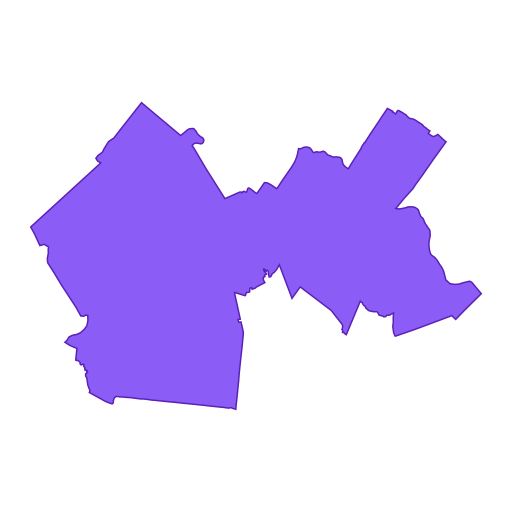 outline of Lucieni, Dâmbovita, Romania
{"feature_id": "2599482B65138358361276", "entity_name": "Lucieni", "entity_type": "district", "adm_level": 2, "iso_a3": "ROU", "parent_name": "Romania", "parent_adm1": "Dâmbovita", "projection": "mercator", "projection_center": [25.413, 44.845], "detail": "fine", "context": "isolated", "style": "filled", "palette": "violet", "viewbox_px": 512, "rotation_deg": 0, "n_neighbors": 0, "source": "geoboundaries", "source_scale": "gbopen_adm2", "svg_char_len": 6017}
<svg xmlns="http://www.w3.org/2000/svg" viewBox="0 0 512 512"><path d="M446.1,141.8L445.0,141.1L438.4,134.9L437.6,134.4L436.7,135.1L435.5,135.8L433.2,136.6L431.4,135.6L429.0,134.0L428.3,133.4L429.9,130.9L427.6,129.4L425.6,127.7L423.7,126.4L422.4,124.7L415.0,119.9L413.1,119.0L409.5,118.3L407.0,116.2L406.1,114.9L404.7,114.1L402.6,112.7L399.1,110.7L397.7,110.5L396.9,111.7L395.8,113.7L395.7,113.9L392.5,111.9L392.8,111.3L387.4,108.4L383.9,113.6L380.4,118.8L380.3,119.1L370.3,134.0L364.8,142.6L364.5,142.5L364.3,142.7L364.1,143.0L363.4,144.1L361.8,146.7L361.4,147.1L361.4,147.9L353.5,160.3L350.5,165.1L349.3,167.1L348.2,168.8L345.8,167.2L344.6,166.1L343.4,164.7L343.0,163.9L342.7,163.0L342.1,160.0L341.9,159.2L341.1,158.3L340.3,157.6L339.2,157.2L336.6,156.9L332.8,157.0L332.0,156.7L330.7,155.9L329.4,155.4L328.1,155.2L327.5,154.7L327.1,154.2L324.9,151.9L323.7,151.4L323.1,151.2L322.5,151.4L321.8,151.6L320.9,152.0L318.4,152.2L317.5,151.8L315.3,152.0L314.9,152.3L313.7,152.6L313.2,152.4L312.6,151.5L311.4,149.7L310.3,148.3L309.2,147.6L308.2,147.3L306.4,147.0L304.1,147.2L300.7,148.8L298.6,148.6L298.4,149.5L298.2,150.3L297.4,154.4L296.6,157.3L296.2,158.1L295.4,160.4L294.1,162.8L292.5,165.6L290.8,168.2L284.7,177.0L283.2,179.1L281.8,181.2L278.8,185.8L277.7,187.4L276.8,188.3L276.6,188.6L270.7,184.6L267.1,182.8L264.4,182.6L263.4,184.2L262.3,185.7L261.9,186.4L261.6,186.8L256.9,193.4L256.1,193.1L255.7,192.9L252.4,190.4L250.2,188.7L249.2,188.1L248.6,188.0L248.1,188.2L247.8,188.5L247.1,190.5L246.6,191.9L246.4,192.1L245.9,192.2L245.3,192.0L244.8,191.6L244.2,191.4L243.6,191.3L243.2,191.6L242.0,192.7L241.7,192.1L239.7,192.1L224.9,198.6L206.4,169.3L193.9,148.1L192.2,145.7L193.1,144.6L194.2,143.5L196.2,143.0L198.4,143.4L201.3,143.9L203.0,142.8L203.6,141.5L203.9,140.0L202.8,137.9L200.5,136.6L198.2,134.6L197.3,133.6L196.2,131.4L195.1,130.2L193.8,128.6L192.5,128.5L191.3,128.6L190.3,128.7L189.3,128.9L188.7,129.1L188.1,129.5L187.2,130.1L185.1,131.9L182.0,134.4L180.6,135.5L141.5,102.7L119.2,131.1L113.8,138.1L110.8,140.0L108.4,141.8L104.3,148.4L102.3,152.3L98.0,155.4L95.9,158.3L97.7,161.2L100.8,162.9L30.7,227.0L34.5,233.9L39.9,245.6L41.7,245.1L43.9,244.4L45.2,244.8L46.4,245.8L48.1,246.5L48.5,247.1L48.2,249.3L48.3,253.2L47.3,258.6L47.7,262.8L51.1,268.1L54.3,273.1L55.0,274.3L61.5,285.1L76.0,307.3L80.8,316.0L84.0,316.2L85.6,315.1L87.8,315.6L87.9,320.6L86.9,325.7L84.3,329.3L80.5,332.7L76.5,334.5L74.2,334.9L72.1,335.4L70.7,336.1L69.0,337.0L67.9,338.9L66.6,340.8L64.9,342.3L69.5,345.2L73.2,346.9L76.9,348.4L75.7,360.1L76.7,360.5L77.9,360.5L78.9,361.2L80.0,362.2L80.1,363.5L80.4,364.6L81.5,364.9L82.8,364.1L83.9,364.6L83.6,366.1L85.0,368.0L84.7,368.9L85.0,370.1L86.1,370.1L87.1,370.5L86.6,371.1L86.5,371.6L87.5,372.6L85.6,373.8L85.6,375.8L86.7,377.9L87.0,379.3L87.8,385.0L89.5,389.6L90.0,390.4L89.3,392.5L104.5,400.9L107.7,402.4L112.2,403.9L112.5,403.5L113.2,403.0L113.3,402.5L113.3,401.2L113.7,399.5L114.6,397.6L116.1,396.5L118.4,396.6L119.4,396.9L120.6,396.9L124.0,397.1L126.6,397.4L131.3,397.7L134.7,398.2L140.9,399.0L142.2,399.0L143.0,398.9L145.5,399.2L149.4,399.7L150.7,399.9L151.9,400.1L153.8,400.2L165.2,401.4L168.2,401.7L171.3,402.0L174.7,402.3L183.2,403.2L196.1,404.5L199.7,404.9L202.0,405.1L210.6,406.1L217.4,406.8L221.2,407.2L223.7,407.4L226.1,407.8L227.8,408.0L228.8,408.1L229.2,408.1L229.7,407.8L230.2,407.7L230.7,407.7L231.1,407.7L232.5,408.3L233.3,408.6L234.0,408.7L234.6,408.9L235.8,409.3L236.1,405.5L236.3,403.6L236.6,401.1L236.8,398.9L237.1,396.5L237.1,395.5L237.3,394.5L237.4,393.5L237.9,387.9L238.1,386.6L238.2,385.2L238.3,383.8L238.5,382.5L238.7,380.4L238.8,378.9L238.9,377.7L239.0,376.2L239.0,375.8L239.8,367.6L240.8,358.1L242.2,345.5L243.1,336.2L243.3,333.7L243.3,332.3L242.9,330.0L241.0,321.9L238.9,322.3L238.4,320.9L238.0,319.5L239.6,319.2L240.3,319.2L234.6,293.3L234.7,292.5L245.2,295.7L245.5,295.4L246.0,293.7L246.2,292.7L249.2,292.1L249.6,292.0L249.8,288.2L251.8,287.8L252.1,289.3L255.4,288.0L256.3,287.1L264.9,282.6L263.5,280.2L263.2,277.8L263.6,277.7L263.9,277.4L263.9,276.7L264.9,276.4L264.6,275.1L266.5,274.1L266.1,273.3L265.3,272.4L264.8,271.8L263.8,270.5L263.7,269.7L263.6,269.1L263.8,268.9L264.4,269.2L265.0,269.6L265.4,270.4L266.1,271.1L266.3,271.2L267.2,270.2L268.1,271.0L268.3,271.9L268.4,273.4L268.7,275.1L268.9,276.0L269.2,276.8L269.2,277.0L270.5,276.8L271.4,275.7L271.7,274.5L272.8,273.3L274.2,272.4L276.9,269.2L277.9,267.4L279.3,264.8L279.9,266.3L281.4,270.3L291.6,297.3L292.0,298.4L300.2,286.9L331.4,310.6L331.2,310.4L341.9,324.1L342.4,325.1L342.7,326.5L342.5,327.3L342.3,328.5L341.9,329.4L342.5,330.0L342.7,331.2L342.5,332.4L343.1,332.6L343.7,332.5L344.2,332.8L344.6,333.6L345.8,334.4L346.3,334.7L360.2,301.4L360.3,301.6L362.3,302.7L362.9,304.2L363.8,305.4L365.3,306.5L365.8,308.0L367.7,309.8L369.2,310.8L373.4,311.7L376.6,311.7L377.5,312.2L378.3,313.7L379.1,315.1L381.0,315.7L382.3,315.9L383.0,316.3L383.8,316.8L384.9,316.8L386.0,316.4L386.7,315.3L387.6,315.1L388.4,315.3L389.6,315.1L390.6,314.6L391.2,314.0L391.9,313.8L392.9,313.4L393.5,313.0L393.2,317.9L393.3,321.7L392.8,326.7L393.6,332.5L395.0,336.0L395.6,336.1L414.4,329.6L452.0,315.6L453.6,317.5L455.7,319.4L465.0,309.8L481.3,293.7L471.8,282.3L469.6,281.2L463.3,282.7L459.0,284.1L454.7,284.4L450.0,283.7L445.8,279.8L444.3,273.7L443.6,271.2L442.5,268.7L441.3,266.6L439.6,264.4L438.4,262.2L437.4,260.6L435.9,258.7L434.5,257.2L432.5,255.9L431.0,254.5L430.3,252.9L429.9,251.7L429.6,250.5L429.2,248.3L429.0,246.1L428.9,244.0L429.0,241.9L429.3,240.2L429.5,239.2L429.7,237.9L430.0,236.8L430.2,235.6L430.1,233.7L430.0,231.1L429.5,229.7L427.9,227.6L426.8,225.8L425.5,224.0L424.8,222.6L424.2,221.3L423.7,220.0L423.0,218.4L421.9,217.5L420.9,216.5L420.4,215.7L420.0,214.5L419.1,212.6L418.8,210.9L418.1,209.6L417.0,208.7L415.2,207.5L414.0,207.1L412.2,206.8L407.9,206.9L405.6,207.8L401.9,208.5L400.2,208.9L398.2,208.9L395.8,208.5L396.4,207.8L404.2,198.3L413.0,188.6L415.4,184.8L422.2,175.5L429.9,164.4L430.7,163.3L431.0,162.8L435.0,157.1L436.7,154.8L446.0,141.9L446.1,141.8Z" fill="#8b5cf6" stroke="#5b21b6" stroke-width="1.5"/></svg>